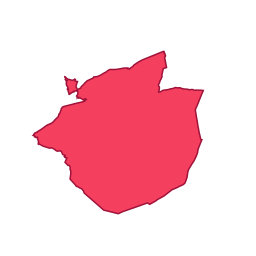 Amanalco, México, Mexico, rotated 56°
{"feature_id": "50627088B28397416808425", "entity_name": "Amanalco", "entity_type": "district", "adm_level": 2, "iso_a3": "MEX", "parent_name": "Mexico", "parent_adm1": "México", "projection": "equal_earth", "projection_center": [-100.016, 19.256], "detail": "fine", "context": "isolated", "style": "filled", "palette": "rose", "viewbox_px": 256, "rotation_deg": 56, "n_neighbors": 0, "source": "geoboundaries", "source_scale": "gbopen_adm2", "svg_char_len": 5341}
<svg xmlns="http://www.w3.org/2000/svg" viewBox="0 0 256 256"><g transform="rotate(56 128 128)"><path d="M190.0,87.9L188.8,86.1L187.8,84.8L186.8,83.5L186.0,83.1L184.6,81.4L183.3,79.7L179.0,73.3L178.2,74.1L174.7,72.7L171.2,71.4L169.7,70.7L166.7,69.4L166.3,69.3L165.4,68.9L160.4,66.5L159.4,66.1L158.5,65.7L156.5,64.8L152.9,63.1L151.9,62.7L150.5,62.0L150.5,61.8L150.4,61.7L150.1,61.4L149.7,60.8L148.8,59.3L147.6,57.5L147.2,56.8L146.9,56.4L145.2,53.9L143.4,51.3L143.2,51.0L141.4,48.3L139.8,45.8L139.0,44.6L137.4,46.5L135.9,48.6L134.4,50.7L134.0,51.7L133.4,52.2L132.5,52.6L131.5,54.0L130.9,55.1L130.8,55.6L130.1,56.3L129.3,56.7L129.2,56.9L128.7,57.6L127.9,58.5L126.8,60.0L126.1,60.5L124.8,61.7L123.9,62.2L123.1,63.3L122.7,64.0L122.5,64.5L121.8,65.1L121.1,65.8L120.8,66.4L120.8,66.8L120.0,69.6L119.5,70.4L118.6,73.2L116.4,77.7L116.3,77.9L116.2,80.1L115.8,82.0L115.3,82.5L114.9,82.0L114.5,81.6L114.4,81.6L114.2,81.2L113.8,80.8L113.7,80.7L113.4,80.4L113.0,80.1L112.8,79.9L112.2,79.5L111.6,79.1L111.3,79.0L111.1,79.0L110.6,79.0L110.2,79.1L109.4,78.8L109.3,78.5L109.1,78.2L108.7,78.0L108.5,77.7L108.4,77.4L108.3,76.8L108.1,76.5L107.4,75.7L106.8,75.2L106.1,73.5L105.1,72.1L104.3,70.9L104.1,70.8L103.9,70.8L103.7,70.8L102.6,69.9L99.9,67.0L98.5,65.6L99.4,62.2L94.3,60.0L94.2,60.1L93.7,59.7L89.7,58.1L89.8,57.5L89.7,57.3L89.5,56.9L89.0,56.4L88.4,56.5L88.0,56.2L87.7,56.0L87.4,55.9L86.8,55.9L86.5,55.9L86.2,56.1L86.1,55.8L85.8,55.8L85.7,55.7L85.3,55.5L85.1,55.5L84.8,55.4L84.7,55.9L84.5,56.0L84.2,56.0L80.4,74.1L80.0,76.1L79.6,77.7L79.5,78.7L79.4,79.5L79.3,80.4L79.3,81.0L79.1,82.4L79.1,83.4L79.1,85.8L79.1,87.8L79.3,88.4L79.4,88.9L79.5,89.2L79.6,89.5L79.7,89.9L79.7,90.2L79.7,90.5L79.6,90.8L79.6,91.2L79.6,91.6L79.8,92.6L79.9,94.0L78.8,94.0L78.7,95.1L77.8,95.0L77.3,95.8L75.6,98.7L75.1,100.1L72.8,105.1L72.0,106.2L71.6,107.0L71.5,107.3L71.4,107.6L70.8,108.1L69.3,110.4L69.3,110.5L69.2,111.1L69.2,111.6L69.2,112.2L69.1,112.8L69.2,113.3L69.3,114.2L69.3,114.8L69.1,116.3L69.0,117.7L68.9,119.2L68.9,120.6L68.8,121.6L68.6,122.3L68.5,122.9L68.4,123.7L68.2,124.5L68.0,125.1L67.5,125.9L67.0,127.0L66.7,127.6L66.5,127.8L66.5,128.0L66.7,128.4L66.9,128.8L67.1,129.2L67.0,129.9L67.0,130.1L66.8,130.7L66.0,135.5L66.3,137.0L66.5,138.2L66.5,138.4L66.6,139.1L67.1,140.4L67.2,141.0L67.5,143.3L67.9,144.2L68.4,144.9L68.2,145.9L68.1,147.1L68.0,147.9L68.2,148.2L68.3,148.4L67.5,148.5L66.0,148.1L65.2,148.1L64.2,147.6L63.3,146.5L62.8,146.0L62.1,145.2L61.4,143.9L61.2,143.8L59.6,145.6L58.9,145.5L58.4,144.5L57.7,144.7L58.0,145.8L57.7,146.0L57.5,147.1L57.2,147.5L56.3,148.5L55.3,149.2L53.8,150.6L52.5,151.1L51.7,151.2L51.4,151.2L51.1,151.2L50.8,151.3L50.6,151.4L50.2,151.7L50.7,152.0L51.1,151.8L51.6,151.7L51.9,151.8L52.1,151.9L52.3,152.3L52.5,152.4L52.5,152.6L52.5,152.8L53.2,152.9L53.7,152.9L54.2,152.9L54.2,152.7L54.3,152.5L54.5,152.3L54.7,152.0L54.8,152.2L54.8,152.5L55.2,152.8L55.5,153.3L55.7,153.6L56.0,153.9L56.7,154.3L57.0,154.3L57.1,154.6L58.1,155.0L58.7,155.1L58.8,155.1L60.0,155.0L60.4,155.1L60.8,155.3L61.1,155.5L61.4,155.6L61.6,155.9L61.7,156.2L61.8,156.5L62.0,156.4L62.2,156.1L62.2,155.9L62.2,155.6L62.3,155.6L62.5,155.7L62.5,156.0L62.6,156.4L62.7,156.6L63.3,156.8L63.6,156.7L64.0,156.8L64.2,157.0L64.5,157.2L66.4,157.5L66.6,157.2L66.5,157.5L66.9,158.1L67.2,158.0L67.3,157.6L67.4,157.2L67.2,156.9L67.1,156.5L67.0,155.8L67.4,156.7L67.2,155.2L67.6,153.1L67.2,152.8L67.1,152.7L67.3,152.6L67.5,152.5L67.8,152.3L67.7,152.1L67.7,151.9L67.8,151.1L68.1,150.3L68.1,150.0L68.6,150.0L68.8,149.6L69.2,149.4L70.0,149.3L72.0,150.8L72.7,152.8L73.5,152.6L74.5,153.2L74.3,152.6L74.4,152.3L75.6,152.3L76.0,151.5L75.8,151.0L75.8,150.9L76.6,150.7L77.1,150.5L78.0,150.1L79.3,149.6L80.1,149.1L80.0,148.7L79.8,148.4L79.7,148.0L79.6,147.6L79.7,147.1L80.6,146.7L81.1,146.6L81.1,147.5L81.1,148.1L81.5,148.8L81.6,149.2L77.9,158.9L77.2,161.0L75.5,165.7L75.1,166.8L74.0,170.1L74.4,171.8L74.5,172.3L75.1,172.8L77.9,176.7L77.9,177.7L79.5,179.2L80.4,184.0L81.0,186.1L81.3,188.2L80.7,191.6L80.8,191.5L80.4,193.7L80.4,195.8L80.6,200.0L80.4,204.7L80.4,205.2L80.7,205.5L80.4,206.2L80.4,206.6L80.3,207.0L80.2,207.4L80.1,208.0L80.3,208.8L80.6,209.4L80.6,209.6L80.9,209.6L81.1,209.8L81.2,210.7L81.4,210.5L81.7,210.1L81.9,210.3L82.3,210.2L82.5,210.2L82.8,210.0L83.1,210.3L83.5,209.7L83.8,209.8L84.5,209.6L85.0,208.3L85.8,208.8L89.8,210.0L90.0,210.0L90.1,210.6L90.5,210.9L90.8,211.2L91.2,211.4L91.5,211.2L91.6,210.8L91.9,210.8L92.1,210.3L93.3,209.7L95.5,208.6L95.9,208.3L98.2,206.4L100.8,204.4L101.3,203.4L101.6,202.5L104.4,200.9L105.7,200.6L107.1,200.0L107.7,199.5L108.9,197.3L110.1,196.3L112.9,196.9L113.8,196.8L114.1,196.5L115.6,195.4L116.1,195.9L115.9,196.2L116.0,196.8L116.8,196.8L117.5,196.5L118.1,195.7L118.6,195.4L121.2,199.4L125.4,198.7L126.4,197.6L127.6,197.8L128.4,197.9L129.7,199.1L132.1,199.7L134.2,201.3L138.0,204.6L146.0,203.4L147.4,203.5L148.4,202.6L150.0,201.9L152.9,200.3L155.3,200.1L157.4,200.7L174.2,196.2L182.4,194.1L193.6,184.0L194.3,179.5L201.0,153.8L203.4,152.7L204.0,145.5L203.8,143.7L204.5,136.1L203.9,127.6L203.8,125.7L204.1,124.5L204.4,123.1L204.6,121.9L204.8,120.7L205.0,119.6L205.0,118.7L205.1,117.9L205.5,116.1L205.6,115.1L205.8,114.3L205.7,113.8L205.7,113.1L205.7,112.7L205.6,112.1L205.4,111.5L204.0,109.4L202.7,107.7L201.9,106.6L198.3,103.4L196.4,101.1L194.1,96.3L193.3,94.5L192.6,92.7L192.2,91.8L190.0,87.9Z" fill="#f43f5e" stroke="#9f1239" stroke-width="1.5"/></g></svg>